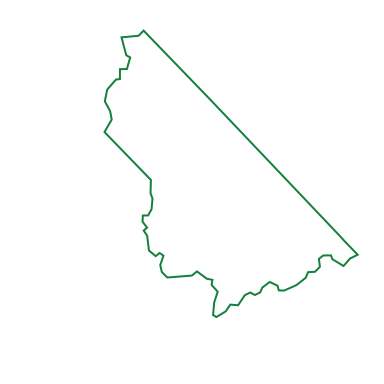 Pitkin, Colorado, United States of America (Mercator projection), rotated 46°
{"feature_id": "52423323B63555126894288", "entity_name": "Pitkin", "entity_type": "district", "adm_level": 2, "iso_a3": "USA", "parent_name": "United States of America", "parent_adm1": "Colorado", "projection": "mercator", "projection_center": [-106.839, 39.172], "detail": "fine", "context": "isolated", "style": "outline", "palette": "green", "viewbox_px": 384, "rotation_deg": 46, "n_neighbors": 0, "source": "geoboundaries", "source_scale": "gbopen_adm2", "svg_char_len": 967}
<svg xmlns="http://www.w3.org/2000/svg" viewBox="0 0 384 384"><g transform="rotate(46 192 192)"><path d="M140.3,114.7L42.3,114.7L42.5,121.9L31.8,135.3L48.0,144.3L52.3,143.0L58.3,153.4L53.6,158.5L60.7,165.4L58.3,168.6L59.4,181.8L66.2,191.7L76.9,194.7L84.1,199.4L88.1,213.3L154.8,213.2L164.1,222.7L169.3,225.0L176.2,232.9L178.4,239.8L174.8,243.7L179.0,248.2L186.4,249.1L186.2,253.5L192.4,254.7L204.2,263.6L212.9,262.7L213.4,257.7L218.0,256.7L222.5,265.6L228.6,269.3L236.4,269.1L252.0,250.2L252.6,243.6L264.7,241.6L269.4,238.3L272.4,242.4L281.6,242.8L286.9,252.8L295.1,262.3L298.9,261.3L301.3,250.6L299.6,242.7L305.5,237.5L302.9,225.6L304.8,219.9L309.8,218.3L311.6,212.7L309.6,207.8L310.7,198.6L318.7,195.6L323.1,197.9L326.9,194.2L331.5,181.6L332.7,169.9L330.3,164.2L334.8,159.0L334.7,152.0L328.3,147.2L328.8,141.7L334.1,136.1L337.9,137.7L350.5,134.4L349.6,124.7L352.2,116.4L332.8,116.4L326.7,116.2L140.3,114.7Z" fill="none" stroke="#15803d" stroke-width="2"/></g></svg>